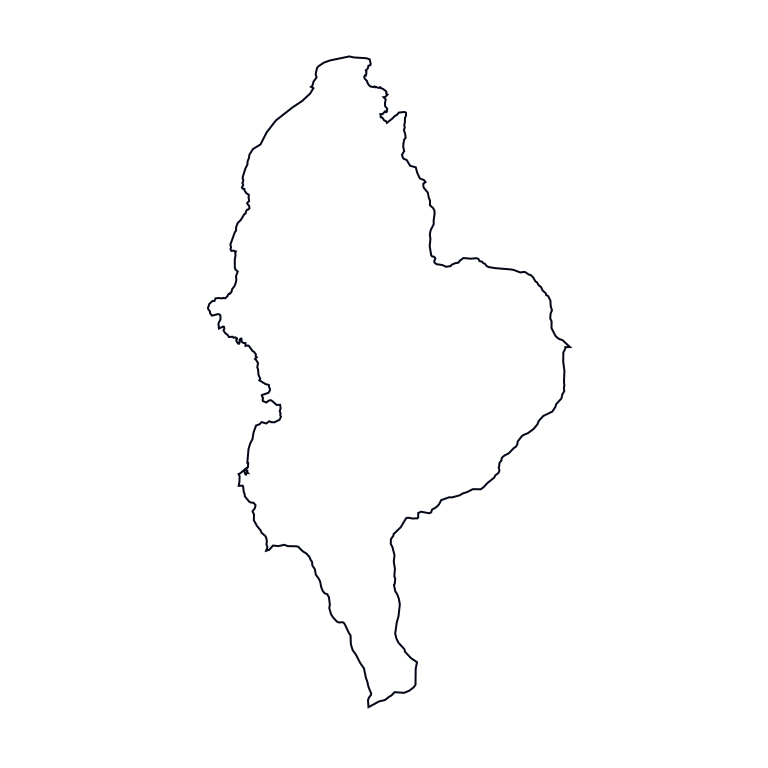 the district of Tangua, Nariño, Colombia, rotated 185°
{"feature_id": "7082276B88194767649924", "entity_name": "Tangua", "entity_type": "district", "adm_level": 2, "iso_a3": "COL", "parent_name": "Colombia", "parent_adm1": "Nariño", "projection": "orthographic", "projection_center": [-77.351, 1.075], "detail": "fine", "context": "isolated", "style": "outline", "palette": "ink", "viewbox_px": 768, "rotation_deg": 185, "n_neighbors": 0, "source": "geoboundaries", "source_scale": "gbopen_adm2", "svg_char_len": 6147}
<svg xmlns="http://www.w3.org/2000/svg" viewBox="0 0 768 768"><g transform="rotate(185 384 384)"><path d="M326.4,87.1L327.6,103.0L326.9,109.8L333.3,113.3L339.7,119.1L340.6,121.6L347.2,127.7L349.5,131.6L351.1,136.4L350.5,147.5L349.3,154.0L349.0,165.7L350.5,171.4L352.5,175.6L354.7,178.5L356.6,184.7L355.9,185.9L355.8,190.9L357.0,193.4L357.0,200.8L358.8,207.9L358.6,214.3L361.4,222.3L363.3,225.2L363.6,230.0L361.5,233.6L361.3,235.4L354.9,242.7L350.2,252.3L348.4,252.9L343.8,252.5L338.9,253.1L338.3,254.2L338.7,258.4L336.0,260.0L328.1,259.2L326.8,259.5L325.7,260.6L325.2,263.1L321.4,265.6L318.8,268.7L316.9,273.3L309.3,276.8L306.3,277.0L298.9,279.7L295.9,281.9L291.9,283.5L286.5,286.9L278.4,287.6L275.8,289.9L272.2,294.5L266.0,300.4L265.2,302.6L262.3,305.3L261.6,307.0L261.6,308.5L262.5,311.0L262.0,312.5L262.2,314.5L261.7,316.2L260.3,318.0L260.4,319.8L259.8,321.2L257.7,323.3L253.6,325.9L249.1,331.5L247.2,333.0L245.9,335.5L245.8,338.4L242.1,344.1L240.6,345.4L236.3,347.6L231.2,352.1L227.7,357.1L226.6,360.7L222.6,366.0L213.9,371.2L211.3,376.1L210.6,379.1L206.0,385.0L205.4,389.4L203.8,392.5L204.5,396.2L204.1,397.7L204.9,401.8L205.4,412.8L207.4,421.7L208.1,430.8L206.5,435.1L206.6,436.5L202.0,437.0L210.0,443.3L213.5,444.1L216.6,446.1L217.8,447.5L222.0,454.3L222.5,460.9L224.1,463.8L224.2,468.6L223.1,472.0L224.7,476.1L225.5,481.6L228.1,485.9L230.2,486.7L230.6,488.2L234.2,491.1L236.0,494.3L238.3,495.6L240.6,498.7L242.1,499.4L244.9,503.5L247.4,505.3L249.4,505.7L252.5,507.5L254.1,507.9L257.9,507.0L264.7,508.9L267.5,509.2L283.2,509.1L289.7,509.6L291.8,510.3L293.8,512.4L296.0,513.3L297.0,514.4L299.5,514.7L300.7,516.7L302.8,517.4L308.4,516.4L315.9,516.4L319.5,513.1L320.4,511.4L323.5,510.6L326.7,508.9L328.1,507.2L332.5,506.2L336.1,507.6L342.0,507.9L344.3,509.4L344.7,510.6L343.8,513.7L345.1,515.1L347.2,515.3L348.2,516.3L350.5,525.4L350.4,532.4L351.4,537.2L350.9,541.3L348.4,547.5L348.8,551.5L348.4,558.1L349.0,561.5L350.5,563.6L353.8,566.1L354.2,570.8L355.6,573.5L357.0,578.4L361.4,582.9L362.1,584.6L362.2,587.1L360.2,588.7L360.4,589.1L362.1,590.7L366.2,591.9L369.4,597.5L371.2,602.6L377.0,603.7L381.0,609.2L383.6,609.9L384.7,610.7L386.1,613.9L384.2,617.8L385.5,621.8L385.6,625.4L385.1,629.5L383.9,631.1L384.7,634.9L386.3,638.7L385.7,641.2L386.4,643.9L386.0,646.3L386.3,650.7L385.4,653.7L385.8,656.2L387.3,656.8L392.8,655.7L394.7,653.2L396.9,651.6L399.0,649.0L403.9,644.4L404.7,645.8L407.0,646.8L408.8,649.1L410.5,649.5L411.1,652.6L409.1,652.6L406.7,655.7L405.7,654.9L404.9,655.6L404.8,658.5L407.1,660.9L407.5,663.9L407.1,667.7L409.4,669.7L407.8,670.1L405.7,672.6L407.0,673.3L407.0,675.0L407.7,676.0L411.0,678.0L413.1,678.5L413.5,679.3L415.3,678.5L417.8,679.2L418.6,678.8L419.3,679.6L420.7,678.9L423.0,679.1L424.6,680.0L426.5,682.2L427.4,684.4L429.8,686.5L430.5,688.3L429.9,689.8L429.0,689.6L428.6,691.1L428.9,692.2L428.6,693.4L429.5,694.9L427.9,696.3L427.2,699.7L425.5,700.4L425.1,701.6L426.6,706.2L430.0,707.0L442.6,706.7L447.1,707.3L466.1,701.6L471.9,698.9L476.8,695.0L478.3,692.9L479.1,686.6L477.9,683.6L480.5,679.2L481.4,674.6L482.6,673.7L480.1,672.5L482.9,666.9L490.2,658.8L499.1,651.7L514.6,637.2L522.8,624.5L527.9,611.9L535.1,606.6L538.1,600.6L538.2,597.6L539.3,593.9L539.2,590.7L540.9,586.5L542.7,578.2L542.7,576.2L541.9,575.0L542.0,573.2L542.6,572.0L541.6,570.1L542.6,567.5L541.9,566.3L540.1,566.2L539.8,564.6L537.9,562.2L535.1,560.6L535.2,558.3L534.3,554.4L535.8,552.9L536.1,551.9L533.8,549.5L533.4,547.3L534.1,546.3L535.7,545.6L536.6,543.6L536.7,541.9L538.1,540.8L540.9,535.0L543.8,531.6L545.1,526.8L544.7,524.1L545.8,522.3L549.2,509.5L548.3,506.9L548.7,505.1L547.7,503.3L545.6,503.7L543.1,503.1L543.7,501.5L543.1,499.7L543.5,494.9L542.7,486.6L541.8,485.0L539.5,483.3L540.8,478.6L540.2,475.0L540.4,472.4L541.6,468.2L543.4,465.6L544.1,462.2L545.6,460.9L545.3,460.6L547.1,459.5L547.5,458.1L549.0,456.1L550.0,455.5L551.4,455.8L552.6,455.2L556.6,455.2L559.3,454.6L560.2,451.8L562.1,451.8L565.0,448.6L566.0,444.4L565.7,443.4L563.8,441.2L563.3,439.1L561.2,437.1L555.7,439.1L554.3,439.1L553.0,438.2L552.5,434.2L554.2,429.9L553.3,424.9L549.2,427.2L548.3,426.9L547.9,425.1L548.6,423.5L546.7,420.9L544.0,419.2L542.6,417.3L538.9,417.9L538.0,417.0L536.0,417.5L534.5,416.7L534.3,416.2L535.0,415.2L534.9,414.3L533.9,412.6L532.5,411.4L531.8,411.6L531.6,412.3L531.7,415.5L530.8,416.7L530.0,416.8L529.4,413.5L527.5,412.6L525.6,412.7L525.3,409.9L522.9,410.5L521.8,410.1L517.9,405.5L516.2,404.6L514.2,402.3L514.2,400.3L513.1,399.6L514.7,397.7L513.4,396.7L511.3,393.7L511.7,389.5L510.7,387.5L509.9,382.4L507.7,378.3L508.5,376.8L501.8,373.5L498.7,373.1L498.2,370.8L497.2,369.3L497.1,367.7L498.3,365.2L504.7,362.3L504.7,361.6L503.2,359.3L503.6,357.7L503.2,356.5L499.7,355.3L497.2,357.5L495.6,358.0L494.5,357.7L489.1,353.8L485.7,354.2L484.9,351.0L485.5,347.6L484.5,345.9L484.7,344.1L483.8,342.4L484.9,339.3L489.9,336.3L492.9,336.1L495.1,336.9L497.9,334.4L502.6,335.4L504.5,333.0L507.8,331.5L509.7,324.6L510.2,317.7L512.1,313.1L513.3,307.3L513.3,293.6L512.4,293.5L512.3,289.4L513.1,288.1L513.9,287.6L513.8,286.1L512.5,285.6L512.7,284.3L512.0,283.6L513.0,283.7L513.5,281.7L514.0,281.7L515.1,283.6L515.4,285.4L515.7,285.6L515.5,286.5L519.3,282.6L521.0,281.6L519.8,279.5L519.5,273.6L519.9,269.9L516.0,270.4L515.4,269.5L514.3,264.3L513.3,262.4L512.8,259.9L508.2,255.2L506.6,254.4L503.4,254.2L501.4,252.1L501.8,249.1L503.9,245.6L502.1,242.7L501.8,236.9L498.1,231.4L494.2,227.5L493.1,225.2L489.1,222.3L488.0,220.7L487.0,217.4L487.1,213.8L485.9,211.3L486.9,207.6L483.9,208.8L480.5,213.4L475.2,213.3L469.3,215.1L465.6,214.1L457.4,214.7L455.3,214.4L450.3,210.2L446.9,208.6L443.4,205.5L441.5,202.0L440.2,200.6L439.5,196.8L436.9,193.8L435.3,188.1L432.4,184.8L430.5,181.9L428.8,176.1L427.1,172.6L425.0,170.4L422.2,169.6L420.3,166.8L418.7,159.5L419.0,156.0L416.7,150.1L414.5,147.1L410.3,143.3L408.1,142.5L404.4,143.1L403.1,142.4L402.1,141.2L397.3,132.9L395.4,130.6L394.3,121.7L392.0,116.1L388.4,112.0L383.4,104.0L379.2,99.0L376.3,89.4L374.8,86.3L373.1,81.0L369.8,74.5L369.9,73.1L371.7,70.2L372.4,67.6L371.3,60.7L361.4,67.3L355.6,69.2L351.7,72.8L349.4,74.4L346.6,77.9L337.0,78.1L332.2,80.6L328.1,84.3L326.4,87.1Z" fill="none" stroke="#020617" stroke-width="2"/></g></svg>